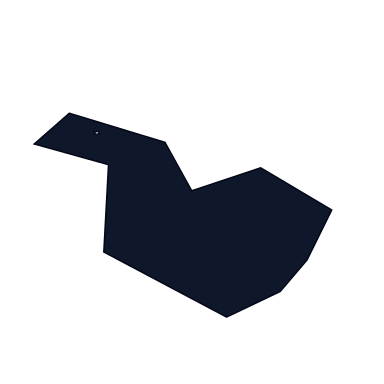 Radford, Virginia, United States of America (Albers equal-area conic projection), rotated 239°
{"feature_id": "52423323B3123735439374", "entity_name": "Radford", "entity_type": "district", "adm_level": 2, "iso_a3": "USA", "parent_name": "United States of America", "parent_adm1": "Virginia", "projection": "albers", "projection_center": [-80.541, 37.119], "detail": "fine", "context": "isolated", "style": "filled", "palette": "ink", "viewbox_px": 384, "rotation_deg": 239, "n_neighbors": 0, "source": "geoboundaries", "source_scale": "gbopen_adm2", "svg_char_len": 383}
<svg xmlns="http://www.w3.org/2000/svg" viewBox="0 0 384 384"><g transform="rotate(239 192 192)"><path d="M258.4,134.5L186.0,85.5L67.0,157.2L61.3,216.4L74.5,255.6L104.6,302.5L177.4,263.3L193.2,192.4L248.5,194.4L322.7,127.4L314.4,81.5L258.4,134.5ZM289.7,142.1L291.1,139.2L292.6,139.0L293.7,139.1L292.1,143.3L289.7,142.1Z" fill="#0f172a" stroke="#020617" stroke-width="1.5"/></g></svg>